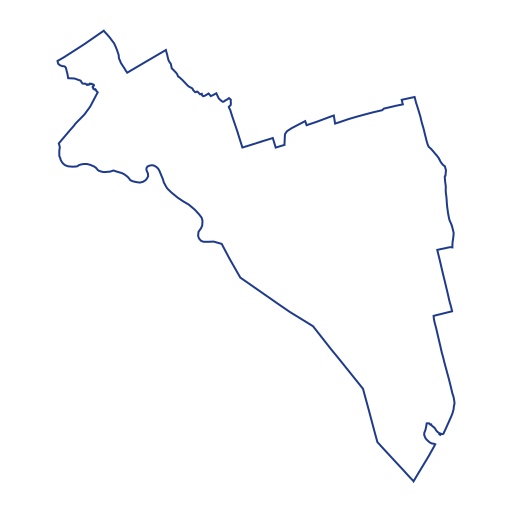 Itesti, Bacau, Romania
{"feature_id": "2599482B64151983327745", "entity_name": "Itesti", "entity_type": "district", "adm_level": 2, "iso_a3": "ROU", "parent_name": "Romania", "parent_adm1": "Bacau", "projection": "albers", "projection_center": [26.861, 46.655], "detail": "fine", "context": "isolated", "style": "outline", "palette": "blue", "viewbox_px": 512, "rotation_deg": 0, "n_neighbors": 0, "source": "geoboundaries", "source_scale": "gbopen_adm2", "svg_char_len": 5359}
<svg xmlns="http://www.w3.org/2000/svg" viewBox="0 0 512 512"><path d="M413.5,481.3L414.2,480.2L416.1,477.0L418.6,472.8L418.9,472.3L422.8,465.9L426.1,460.4L428.1,457.1L429.3,455.1L430.4,453.0L432.2,449.9L433.4,447.7L434.1,446.4L435.2,444.3L433.7,443.7L432.0,443.5L430.7,443.0L429.1,441.9L426.4,439.4L425.2,437.6L424.2,435.0L424.3,432.7L425.3,430.4L426.0,427.4L426.7,423.4L429.0,423.3L429.8,424.2L430.3,424.6L430.8,424.3L431.2,424.4L431.3,425.1L432.6,426.3L434.2,427.5L435.2,428.7L435.8,429.9L436.9,431.3L438.0,432.3L439.1,433.0L439.9,433.4L439.4,434.3L440.2,434.8L440.8,433.7L442.0,434.2L443.5,433.7L444.2,431.9L444.9,430.6L445.9,428.4L447.8,424.1L448.9,421.7L450.0,419.2L451.2,416.5L452.2,414.1L452.8,412.2L453.6,409.1L454.0,405.5L454.5,404.0L454.4,402.0L454.1,400.0L453.6,397.1L452.3,393.1L450.9,387.1L448.9,379.1L446.8,371.4L444.3,362.2L443.2,357.5L441.9,353.0L440.1,345.1L438.0,336.2L436.3,328.8L434.6,322.4L433.9,319.0L433.6,315.9L436.5,315.1L439.9,314.3L442.7,313.6L445.5,312.9L452.1,311.3L451.3,307.8L450.5,304.8L450.0,303.2L449.0,299.3L448.2,295.6L447.0,290.5L444.8,281.3L443.0,274.0L441.3,266.8L439.9,260.7L438.8,256.2L437.7,251.8L437.3,249.9L440.3,249.2L444.8,248.3L448.8,247.4L450.2,247.2L450.8,247.2L452.4,247.4L452.4,245.5L452.5,243.1L452.7,241.3L453.1,238.8L453.4,236.3L453.6,234.1L453.6,232.7L453.2,231.0L452.8,229.3L452.0,226.2L451.3,224.2L450.3,222.0L449.4,219.8L448.9,217.6L448.6,216.1L447.9,212.3L447.7,210.5L447.2,207.0L446.8,202.7L446.6,199.2L446.3,196.1L445.9,193.3L445.7,190.8L445.8,186.3L445.2,182.2L444.8,177.7L444.7,177.0L444.9,176.2L445.5,175.7L445.6,174.0L445.9,171.0L446.0,170.3L445.4,168.3L445.1,167.1L444.9,166.3L443.2,165.1L441.5,163.1L440.4,161.4L439.9,160.5L439.7,159.8L439.2,159.3L439.0,158.4L438.1,157.3L437.5,156.5L437.0,155.7L436.3,155.0L431.2,149.0L428.6,146.7L427.5,144.0L426.6,141.0L425.7,137.3L424.6,133.0L424.1,130.7L423.3,127.7L422.7,125.7L422.0,123.3L421.6,121.8L421.2,120.2L420.3,116.3L418.5,110.4L417.3,106.5L416.8,104.9L416.1,102.9L414.6,97.0L401.7,99.8L402.8,104.4L396.3,105.7L383.9,108.6L382.2,110.2L373.1,112.3L364.8,114.5L357.4,116.5L352.9,117.8L348.5,119.1L341.2,121.6L335.1,123.6L333.8,115.5L330.6,116.6L317.5,121.5L313.4,122.9L306.6,125.2L305.2,121.1L303.7,121.9L297.9,124.9L291.6,128.2L287.0,131.2L285.3,133.6L284.9,135.0L284.5,143.7L284.5,144.9L277.9,146.9L275.7,147.6L272.8,138.0L270.1,138.9L263.5,140.9L248.1,145.8L243.1,147.3L242.4,147.5L238.9,136.5L237.4,131.6L232.1,116.0L230.2,109.9L229.0,107.7L228.8,106.9L230.7,105.0L230.9,103.0L230.7,101.4L230.8,99.7L229.0,98.1L227.3,99.4L225.0,100.6L223.9,101.5L223.0,101.8L222.6,101.7L221.3,100.8L219.2,98.9L218.6,98.1L216.3,93.3L213.0,95.1L210.8,96.1L208.6,93.5L205.6,95.3L204.4,95.9L203.1,96.2L202.1,95.2L201.8,93.8L200.1,94.3L198.5,92.7L197.7,91.8L197.4,91.6L196.7,91.7L196.2,92.0L195.2,92.2L194.1,91.1L193.3,90.3L193.0,89.7L192.5,88.7L192.1,88.3L191.6,88.0L190.5,87.4L189.1,86.7L187.8,85.7L186.4,84.2L184.3,82.0L182.8,80.4L181.0,78.7L179.2,77.1L178.5,76.8L178.0,76.3L177.2,74.3L176.9,73.8L176.3,73.0L175.5,72.1L174.2,70.8L173.4,69.8L172.7,69.3L172.2,68.8L171.8,68.4L171.4,66.6L170.8,63.8L169.5,62.1L169.0,61.1L168.5,60.2L168.1,58.6L167.5,56.4L167.1,54.3L166.5,52.5L165.9,50.0L144.2,62.7L127.2,72.7L126.0,71.0L124.2,68.0L122.6,65.6L120.8,62.8L120.3,61.4L119.8,60.2L119.0,58.5L118.8,56.9L118.7,55.2L118.0,53.0L117.5,51.6L117.0,50.1L115.9,47.3L114.6,44.4L113.9,43.0L112.3,41.0L110.6,38.7L109.5,37.2L108.3,35.9L106.5,33.8L105.6,32.9L104.3,31.4L103.8,30.7L84.0,44.4L73.9,50.9L65.3,56.4L63.7,57.4L62.0,58.4L58.5,60.4L57.5,61.0L57.7,61.8L57.9,62.7L58.3,63.9L59.9,65.2L62.4,66.2L63.8,66.2L65.1,66.7L66.0,68.1L66.5,70.3L67.4,73.7L68.2,78.2L74.5,78.5L80.7,80.7L81.5,82.2L82.3,83.3L83.0,83.7L85.5,83.7L86.9,84.9L87.9,84.3L88.2,84.5L88.2,84.8L88.9,84.7L89.9,83.6L90.8,84.1L91.0,83.8L91.7,83.8L92.8,84.4L93.4,84.5L94.0,85.2L93.7,85.9L92.7,86.7L92.7,87.0L93.0,87.0L93.2,88.0L93.2,88.7L94.1,89.2L94.6,89.6L95.3,89.2L95.8,89.7L96.3,90.9L97.7,92.3L90.2,106.6L84.5,114.4L81.9,117.1L79.6,119.4L78.4,120.6L75.6,123.5L74.0,125.6L73.1,126.7L69.9,130.3L58.8,143.4L59.4,145.4L59.8,147.5L59.6,148.9L59.3,150.6L59.3,153.1L59.3,155.8L59.6,156.8L60.2,157.8L60.4,158.7L60.5,159.5L61.8,161.9L63.1,163.6L65.3,165.3L68.0,166.3L72.5,166.7L74.3,166.6L76.1,166.5L77.5,166.2L78.8,165.2L80.5,164.6L83.6,164.0L87.0,164.0L90.4,164.9L94.1,166.5L96.0,167.8L97.5,169.7L98.6,170.6L100.4,171.3L102.5,171.9L104.4,172.1L106.7,171.9L110.2,171.6L113.4,170.5L117.1,171.7L121.9,173.1L124.3,174.3L125.9,175.5L127.5,176.7L129.1,178.5L130.4,180.2L132.8,181.3L136.4,182.1L139.9,182.6L143.0,181.8L145.6,180.2L147.2,178.1L148.1,176.2L148.0,173.9L147.5,172.5L146.7,170.8L146.4,169.5L146.5,168.1L147.5,166.5L149.6,165.6L152.0,165.2L154.0,165.6L156.3,166.9L158.2,168.7L159.4,170.8L160.4,173.2L162.8,179.0L163.9,182.6L166.6,187.5L167.7,188.9L171.4,192.5L177.5,197.5L183.1,201.3L188.8,204.6L194.6,209.5L198.8,214.0L201.6,217.6L202.5,220.8L202.2,225.6L201.0,228.3L198.5,231.8L198.3,233.7L198.1,235.7L198.9,238.3L201.0,240.8L202.3,241.3L203.7,241.8L207.1,241.8L208.0,241.8L213.7,241.6L218.6,243.0L221.7,243.9L228.3,256.4L229.8,259.2L240.3,277.6L243.2,279.6L277.8,303.7L289.6,311.8L313.0,326.2L330.5,348.5L333.0,351.6L337.8,357.4L363.0,388.8L368.8,410.1L374.3,430.8L377.4,442.1L383.7,449.0L396.2,462.5L403.0,469.8L404.0,470.9L407.9,475.2L413.2,480.8L413.5,481.3Z" fill="none" stroke="#1e3a8a" stroke-width="2"/></svg>